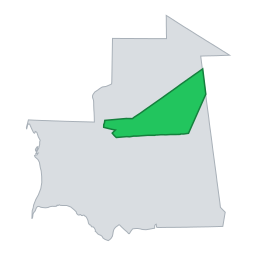 Ouadane, Adrar, Mauritania (highlighted)
{"feature_id": "47542326B44927668035814", "entity_name": "Ouadane", "entity_type": "district", "adm_level": 2, "iso_a3": "MRT", "parent_name": "Mauritania", "parent_adm1": "Adrar", "projection": "orthographic", "projection_center": [-9.881, 22.386], "detail": "fine", "context": "in_parent", "style": "filled", "palette": "green", "viewbox_px": 256, "rotation_deg": 0, "n_neighbors": 0, "source": "geoboundaries", "source_scale": "gbopen_adm2", "svg_char_len": 3786}
<svg xmlns="http://www.w3.org/2000/svg" viewBox="0 0 256 256"><path d="M105.3,239.5L104.9,239.3L103.0,238.0L102.2,236.4L100.7,235.3L98.7,234.5L97.4,233.6L96.8,232.6L96.1,231.9L95.3,231.5L95.2,231.2L95.4,230.7L95.3,229.8L94.1,227.7L93.0,226.8L92.1,226.9L91.5,226.7L91.2,226.2L91.1,225.6L90.5,225.0L89.4,224.7L88.5,223.2L87.9,220.4L87.0,218.3L86.0,216.7L85.2,216.1L84.7,216.0L84.5,215.8L84.3,215.3L83.5,215.1L82.3,215.6L81.2,215.4L80.7,214.6L80.0,214.5L79.1,215.1L78.1,214.9L77.0,213.9L76.4,212.9L76.3,211.9L74.4,210.0L70.8,207.0L66.8,205.5L62.4,205.5L60.0,205.3L59.5,204.8L59.0,204.9L58.4,205.4L57.8,205.5L57.2,205.1L56.8,205.4L56.7,206.1L55.1,206.4L52.2,206.3L49.9,206.7L48.0,207.5L45.5,207.8L42.2,207.5L40.3,207.1L39.6,206.6L38.7,206.4L37.4,206.6L36.3,208.0L35.3,210.6L34.4,212.0L33.8,212.3L33.0,214.2L32.6,217.4L31.9,218.8L32.2,210.8L33.2,207.8L33.6,205.2L35.8,199.5L38.4,194.8L40.8,188.6L41.8,182.5L41.7,176.4L41.2,171.0L40.3,167.5L39.4,162.3L37.9,159.5L35.1,157.0L34.5,155.6L35.2,155.1L37.0,154.9L38.2,153.1L35.8,153.7L38.7,148.1L39.7,144.3L39.7,141.8L40.2,140.3L38.3,136.8L36.9,132.5L36.1,131.8L35.2,131.4L35.1,132.4L34.6,133.2L33.6,132.7L32.0,129.5L29.7,124.3L28.9,123.8L28.1,124.4L27.6,125.1L26.6,129.2L26.4,127.6L26.9,125.6L27.6,123.2L28.4,119.9L30.6,120.0L34.4,120.2L42.0,120.5L45.9,120.6L53.5,120.9L57.4,121.0L65.0,121.3L68.9,121.4L76.5,121.6L80.4,121.7L88.1,121.9L91.9,122.0L94.4,122.0L94.3,119.6L94.3,117.8L94.2,115.2L94.1,112.6L93.9,110.1L93.8,107.7L93.7,105.3L93.7,103.1L93.6,101.1L93.4,99.9L92.6,97.6L92.5,96.4L92.7,95.2L93.3,94.1L94.8,92.0L97.1,90.5L99.7,88.6L101.7,87.3L102.7,86.9L105.8,86.5L108.3,85.5L110.6,84.5L111.6,83.9L111.8,81.9L112.5,38.4L123.9,38.5L127.0,38.5L148.1,38.6L151.1,38.6L166.5,38.6L166.5,36.5L166.4,33.6L166.4,29.5L166.3,25.5L166.3,18.4L166.2,15.4L169.3,17.3L175.3,21.2L178.4,23.2L184.5,27.1L190.7,30.9L196.8,34.8L199.9,36.7L203.0,38.6L206.1,40.6L209.2,42.5L215.4,46.3L218.0,47.9L222.0,50.5L225.8,52.8L229.6,55.2L223.9,55.4L216.2,55.7L211.0,55.8L205.7,55.9L200.7,56.1L201.2,60.1L201.8,64.6L202.4,69.1L203.0,73.5L203.5,78.0L205.3,91.4L205.9,95.9L206.4,100.4L207.0,104.8L207.6,109.3L208.8,118.2L209.3,122.7L209.9,127.2L210.5,131.6L211.1,136.1L211.7,140.6L212.8,149.5L213.4,154.0L214.0,158.4L214.6,162.9L215.2,167.3L215.8,171.8L216.4,176.2L216.9,180.7L218.1,189.6L218.7,194.1L219.3,198.5L219.9,203.0L220.4,207.3L222.5,209.5L225.2,212.2L224.5,216.3L223.7,221.1L222.8,226.4L215.6,226.6L208.6,226.8L190.9,227.1L187.4,227.2L169.7,227.4L166.1,227.4L159.3,227.5L157.2,227.4L156.5,227.0L156.3,224.2L155.7,224.4L154.9,225.2L154.6,226.1L154.7,227.2L154.6,228.2L152.3,228.6L149.2,229.2L146.0,229.7L142.7,229.5L141.6,229.3L140.4,228.9L137.8,228.5L136.4,228.5L134.8,228.6L132.9,228.8L132.3,229.3L130.8,231.3L129.4,233.6L128.5,233.6L127.5,232.3L124.7,229.9L121.3,226.7L119.7,225.0L118.9,224.8L117.3,226.0L115.9,227.0L114.4,228.6L113.7,230.0L113.2,231.8L112.9,233.8L112.4,236.2L111.2,238.2L109.8,239.6L108.7,240.3L108.3,240.6L105.3,239.5ZM37.1,149.5L36.0,151.2L35.5,150.5L35.4,149.4L36.4,147.8L36.9,147.0L37.7,146.7L37.1,149.5Z" fill="#d9dde1" stroke="#a8b0b8" stroke-width="1"/><path d="M103.7,127.3L106.4,128.0L112.2,129.4L115.4,130.0L112.2,133.1L114.1,135.4L115.3,136.6L116.3,137.5L126.8,136.6L129.5,136.8L133.2,136.2L133.3,136.1L136.6,136.1L138.8,136.0L140.6,135.8L145.1,135.5L147.8,135.3L149.6,135.3L150.9,135.3L154.9,135.3L155.7,135.0L157.2,135.0L161.0,134.7L162.7,134.7L165.7,134.8L169.0,134.6L170.6,134.5L174.0,134.5L175.9,134.5L180.1,134.4L180.6,134.0L183.6,134.0L188.5,133.3L190.0,129.9L205.8,94.2L202.7,68.9L195.0,74.3L180.7,84.4L176.8,87.3L167.4,94.0L160.6,98.9L158.0,100.7L145.9,109.2L139.7,113.6L134.2,117.2L132.4,118.6L126.1,118.5L104.8,120.4L104.4,123.1L103.8,124.4L103.7,126.1L103.7,127.3Z" fill="#22c55e" stroke="#15803d" stroke-width="1.5"/></svg>